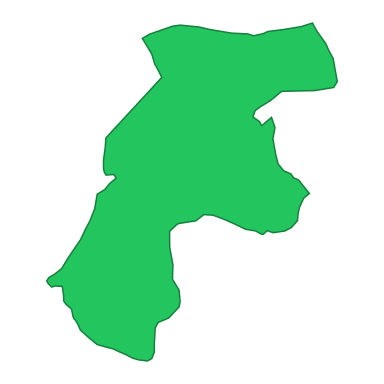 Ado, Benue, Nigeria
{"feature_id": "59680162B34366982763718", "entity_name": "Ado", "entity_type": "district", "adm_level": 2, "iso_a3": "NGA", "parent_name": "Nigeria", "parent_adm1": "Benue", "projection": "orthographic", "projection_center": [7.998, 6.763], "detail": "fine", "context": "isolated", "style": "filled", "palette": "green", "viewbox_px": 384, "rotation_deg": 0, "n_neighbors": 0, "source": "geoboundaries", "source_scale": "gbopen_adm2", "svg_char_len": 1657}
<svg xmlns="http://www.w3.org/2000/svg" viewBox="0 0 384 384"><path d="M51.7,287.1L54.8,286.0L62.3,286.4L63.6,295.7L63.6,300.8L66.0,304.3L71.5,309.1L72.4,313.4L73.1,316.8L73.9,318.7L75.1,319.8L75.9,321.0L78.0,324.6L80.4,330.1L88.8,337.7L90.3,339.0L97.1,344.5L104.7,346.7L113.3,348.9L118.6,351.5L125.4,354.4L132.6,358.1L138.3,359.8L147.3,361.0L151.8,358.6L154.4,352.0L154.3,344.4L155.2,328.1L158.1,322.5L168.7,318.0L179.1,307.0L180.1,301.9L179.1,290.2L172.5,279.2L172.9,264.7L169.7,247.2L169.6,231.3L170.6,230.4L177.1,224.3L179.3,223.4L195.9,220.8L203.9,214.6L212.9,215.2L223.6,219.1L235.8,224.5L245.5,229.3L248.7,229.8L253.0,230.5L255.8,231.0L260.6,233.8L263.0,234.5L267.1,230.7L273.2,232.7L284.8,231.0L291.3,227.6L297.5,220.7L298.1,213.5L299.5,207.3L301.0,204.1L303.6,198.3L309.4,193.5L304.1,186.9L298.6,180.0L293.6,177.8L290.9,173.9L283.7,170.8L278.1,163.9L275.8,155.0L272.9,138.7L275.0,127.6L271.5,117.4L265.5,122.4L263.3,124.5L261.5,125.5L259.6,121.7L253.0,117.0L255.1,110.7L259.7,107.2L270.7,100.4L281.7,91.3L314.6,90.6L333.7,87.5L337.3,81.5L333.1,58.4L328.4,49.6L325.9,43.8L317.4,31.9L314.2,26.4L312.6,23.0L301.2,26.6L283.5,29.5L267.8,31.5L263.0,33.7L255.1,35.4L254.1,35.9L247.7,33.9L231.4,33.1L229.0,32.7L224.7,32.0L209.3,29.4L199.2,27.0L180.2,25.1L172.5,26.2L149.5,34.2L142.3,38.4L151.7,53.9L154.8,64.1L157.3,68.5L161.8,77.4L105.9,137.9L105.5,143.4L105.2,147.7L103.5,160.2L103.5,168.5L104.3,172.1L106.1,175.1L113.8,174.5L116.2,178.1L109.7,183.5L104.9,189.4L97.2,194.2L94.7,208.7L89.9,220.9L85.5,229.1L80.5,239.7L68.9,256.7L61.6,268.6L54.6,274.2L48.9,277.5L46.7,280.9L48.2,283.6L51.7,287.1Z" fill="#22c55e" stroke="#15803d" stroke-width="1.5"/></svg>